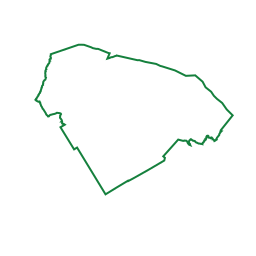 outline of General Lavalle, Buenos Aires, Argentina, rotated 287°
{"feature_id": "61730980B99537515777431", "entity_name": "General Lavalle", "entity_type": "district", "adm_level": 2, "iso_a3": "ARG", "parent_name": "Argentina", "parent_adm1": "Buenos Aires", "projection": "mercator", "projection_center": [-56.914, -36.675], "detail": "fine", "context": "isolated", "style": "outline", "palette": "green", "viewbox_px": 256, "rotation_deg": 287, "n_neighbors": 0, "source": "geoboundaries", "source_scale": "gbopen_adm2", "svg_char_len": 5195}
<svg xmlns="http://www.w3.org/2000/svg" viewBox="0 0 256 256"><g transform="rotate(287 128 128)"><path d="M170.7,224.4L174.2,217.7L174.8,216.7L179.2,211.1L179.5,210.7L181.9,204.5L183.9,200.7L187.0,196.9L189.6,190.3L194.1,185.8L198.0,176.9L194.8,168.1L196.8,156.1L196.9,142.5L196.8,140.7L197.5,136.2L196.3,125.3L196.2,119.0L195.6,117.2L194.0,95.9L193.7,95.8L193.0,94.6L191.9,93.3L191.1,92.2L191.0,91.7L190.3,90.6L189.7,90.1L188.3,88.0L194.1,88.6L194.0,87.0L194.9,76.4L194.8,75.8L194.4,74.6L194.1,70.9L194.4,69.4L194.7,61.7L194.6,61.2L193.2,56.4L176.0,32.6L175.2,32.9L174.9,32.8L174.6,32.8L174.4,32.9L174.2,32.8L173.8,32.8L173.6,33.0L173.0,33.3L172.9,33.4L172.8,33.5L172.7,33.7L172.4,33.8L171.8,33.9L171.7,33.5L171.2,33.3L170.8,33.0L170.5,32.9L170.3,33.0L170.1,33.2L169.5,33.3L169.3,33.7L169.1,33.5L168.8,33.4L168.4,33.5L168.2,33.6L167.9,33.6L167.2,33.7L166.7,33.6L166.3,33.3L165.9,33.2L165.7,33.0L165.3,32.9L165.2,32.8L164.6,32.8L164.3,33.0L163.4,32.6L163.3,32.4L163.1,32.4L161.8,32.2L161.2,32.2L160.6,32.5L160.2,32.8L159.7,32.5L159.6,32.4L158.7,32.3L158.3,32.3L158.1,32.5L157.9,32.8L157.3,32.6L157.1,32.7L156.7,32.7L156.3,32.9L155.9,32.9L155.3,33.2L154.6,33.6L154.0,33.6L153.8,33.8L153.3,33.8L153.1,34.0L152.7,34.1L152.3,34.4L152.2,34.8L150.1,34.8L149.6,34.4L149.3,34.1L149.0,34.1L148.7,33.9L148.2,33.7L147.3,33.5L146.6,33.6L146.3,33.7L146.3,33.8L146.0,33.9L145.4,33.8L144.9,33.9L144.4,34.2L143.3,33.6L142.9,33.5L142.3,33.6L142.0,33.8L141.4,33.7L141.0,33.5L140.6,33.7L140.4,33.6L140.1,33.6L139.4,33.7L138.8,33.6L138.5,33.7L138.3,33.7L138.2,33.7L137.9,33.7L137.6,33.8L137.3,33.8L137.2,33.7L136.9,33.5L136.9,33.4L136.5,33.4L136.2,33.4L136.0,33.5L135.6,33.5L135.5,33.3L134.8,33.0L134.2,33.0L133.6,32.7L133.5,32.8L133.4,32.9L132.6,32.8L132.2,32.6L132.0,32.4L131.1,32.3L130.7,32.1L130.2,32.1L129.7,31.8L129.3,31.7L129.2,31.6L128.9,31.7L128.7,31.6L128.4,32.0L128.1,32.1L127.7,31.6L127.3,32.4L126.9,34.6L127.0,35.0L127.4,35.3L127.5,35.4L127.5,35.7L126.9,36.0L126.6,36.2L126.6,36.6L125.9,37.0L125.6,37.0L125.3,37.2L125.1,37.5L124.9,37.7L124.1,38.2L123.9,38.4L123.5,38.7L123.3,39.1L122.5,39.9L121.4,40.8L121.2,41.5L120.8,41.9L120.1,42.7L119.0,44.0L118.0,45.1L117.1,45.8L116.6,46.6L116.4,47.3L116.1,47.7L115.7,48.0L115.8,48.6L116.1,49.0L116.7,49.1L117.2,49.4L117.9,49.9L118.1,50.5L118.5,51.0L118.7,51.4L118.9,51.6L120.0,53.6L120.7,54.6L121.8,55.6L121.9,56.5L122.2,58.1L122.2,58.9L122.2,59.3L122.0,59.6L121.8,59.8L121.7,59.9L121.2,59.8L120.1,59.5L119.8,59.5L119.4,59.7L118.1,59.9L117.7,60.2L117.5,60.6L117.3,60.7L117.1,61.2L116.9,61.5L116.6,61.7L116.4,62.0L116.0,62.5L115.5,62.7L115.3,62.8L115.1,62.7L114.7,62.5L114.8,62.9L114.7,63.2L113.8,63.5L113.4,63.5L113.2,63.6L113.0,63.8L112.9,64.4L113.1,65.1L113.0,65.7L112.7,66.6L109.0,63.2L91.8,82.7L94.4,85.0L58.0,125.9L67.4,134.2L77.6,143.4L77.3,143.7L81.0,147.4L93.7,159.5L107.5,172.2L110.3,172.0L111.2,170.0L123.1,175.5L131.6,179.4L131.8,184.5L132.1,184.9L132.1,185.2L132.2,185.3L132.5,185.6L132.5,186.2L132.6,186.3L132.7,186.7L132.9,187.1L132.9,187.5L132.6,188.2L132.1,188.7L132.1,188.8L131.9,188.9L131.7,189.1L131.3,189.4L131.3,189.5L131.2,189.7L130.9,189.8L130.4,190.5L130.4,190.8L130.1,191.1L129.9,191.3L129.8,192.5L130.0,192.3L130.5,192.2L130.9,191.9L131.1,191.5L131.6,190.8L131.8,190.5L132.2,190.4L132.3,190.2L132.8,190.3L133.0,190.2L133.3,190.2L133.5,190.3L134.1,190.4L134.4,190.6L134.7,190.9L135.4,191.1L135.6,191.3L135.4,191.5L135.5,191.8L135.3,192.2L135.4,192.4L135.3,192.7L135.1,193.1L134.9,193.5L135.0,193.6L135.0,194.3L135.0,194.5L134.9,194.8L135.0,194.9L135.0,195.2L135.1,195.5L135.0,195.8L134.9,195.8L134.8,196.1L134.6,196.3L134.4,196.6L134.3,196.8L134.2,197.0L134.1,197.5L134.2,197.8L134.2,198.0L134.0,198.3L134.0,198.8L133.9,199.1L133.9,199.3L133.9,199.8L133.8,200.0L133.9,200.3L133.9,200.6L134.0,200.7L134.1,201.3L134.1,201.6L134.1,202.0L134.1,202.4L134.2,202.5L134.3,203.1L134.3,203.4L134.3,203.7L134.3,203.8L134.5,203.7L135.0,203.6L135.3,203.8L135.7,204.1L135.8,204.1L135.9,203.9L136.0,203.9L136.1,204.0L136.3,204.4L137.2,204.7L137.8,204.7L138.1,204.7L138.3,204.6L138.5,204.9L138.8,205.0L138.8,205.3L139.1,205.4L139.5,205.3L139.4,205.6L139.6,205.8L139.9,205.8L140.0,205.6L140.0,205.8L140.7,205.8L141.2,205.9L141.4,205.8L141.3,205.7L142.3,205.5L142.6,205.6L143.4,205.7L143.8,206.1L144.0,206.8L143.9,207.1L143.5,207.2L143.4,207.3L143.4,207.2L143.1,207.2L142.9,207.1L142.8,207.4L142.5,207.7L142.4,207.9L142.4,208.2L142.6,208.7L142.6,209.3L142.4,209.8L142.5,209.9L142.6,210.1L142.8,210.2L142.7,210.3L142.8,210.4L143.1,210.3L143.2,210.5L142.9,210.6L142.9,210.9L143.0,211.5L142.8,211.8L142.2,211.9L142.0,212.0L142.2,212.3L142.2,212.5L141.9,212.8L141.7,213.2L141.7,213.6L141.5,213.9L141.4,214.1L141.2,214.1L140.8,214.4L140.9,214.5L141.0,214.4L141.0,214.6L141.1,214.8L141.6,215.1L141.9,215.4L142.2,215.5L142.3,215.7L142.4,215.8L142.5,215.7L142.8,216.0L142.9,215.8L143.5,215.7L143.7,215.9L144.5,215.9L145.6,216.3L146.2,216.6L146.4,216.6L146.7,216.8L147.3,217.0L147.9,217.3L148.1,217.3L148.3,217.2L148.5,217.1L149.0,217.1L149.3,217.2L149.5,217.2L150.2,217.5L150.7,217.6L151.0,217.8L151.7,217.9L152.3,218.3L152.3,218.1L152.6,218.0L152.8,217.8L152.9,217.5L152.8,217.4L153.0,217.4L170.7,224.4Z" fill="none" stroke="#15803d" stroke-width="2"/></g></svg>